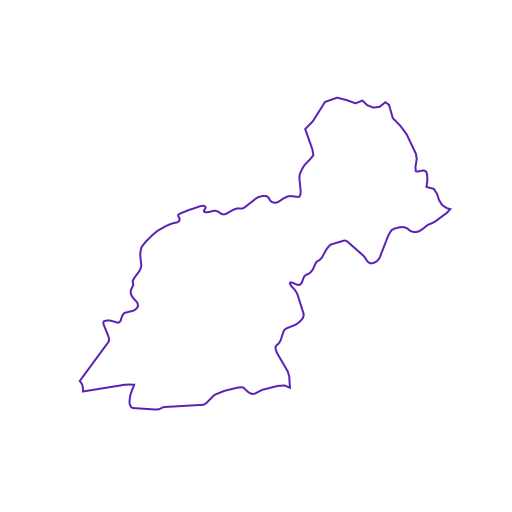 outline of San Miguel, rotated 77°
{"feature_id": "SLV-1352", "entity_name": "San Miguel", "entity_type": "Department", "adm_level": 1, "iso_a3": "SLV", "parent_name": "El Salvador", "parent_adm1": "", "projection": "orthographic", "projection_center": [-88.259, 13.545], "detail": "fine", "context": "isolated", "style": "outline", "palette": "violet", "viewbox_px": 512, "rotation_deg": 77, "n_neighbors": 0, "source": "natural_earth", "source_scale": "10m", "svg_char_len": 3584}
<svg xmlns="http://www.w3.org/2000/svg" viewBox="0 0 512 512"><g transform="rotate(77 256 256)"><path d="M227.0,74.4L230.6,67.7L236.3,65.6L242.5,65.1L248.2,63.2L252.3,59.3L254.0,56.2L256.8,60.1L263.0,74.5L263.9,78.8L264.1,80.6L264.9,82.9L266.9,86.9L268.6,91.4L268.7,94.6L268.4,96.1L267.8,97.4L267.2,98.6L266.5,99.7L265.6,100.6L264.5,101.4L263.5,102.1L261.9,104.1L261.3,105.2L261.0,106.1L260.7,107.1L260.3,110.1L260.5,115.2L260.9,116.7L261.3,118.1L263.2,120.1L266.1,122.7L285.7,136.1L286.9,137.5L288.3,139.5L289.2,142.7L289.2,144.7L288.8,146.3L288.0,147.3L287.0,148.1L285.8,148.9L281.8,150.3L279.4,151.6L262.3,163.9L261.5,164.9L260.9,166.0L260.8,167.5L261.7,180.9L263.3,183.4L266.0,186.5L272.6,192.4L274.3,195.1L275.2,198.3L277.2,200.1L282.1,203.8L284.0,206.3L285.1,208.4L285.3,210.0L285.7,211.5L286.2,212.7L287.0,213.8L288.2,214.7L291.9,217.1L293.1,218.3L293.9,219.7L293.8,221.0L293.3,222.3L290.2,226.5L289.6,227.6L289.6,228.6L290.5,229.2L293.3,228.4L297.5,225.9L300.2,224.9L303.1,224.2L323.2,222.6L325.2,223.2L327.1,224.4L329.3,227.3L331.2,230.9L332.0,233.7L333.5,243.2L334.1,244.4L334.9,245.5L336.0,246.3L343.7,251.0L345.4,252.5L346.6,254.0L347.1,255.1L348.0,256.5L348.7,257.4L351.2,257.8L355.1,257.4L375.4,251.1L380.8,250.7L392.0,252.6L388.6,257.2L387.5,263.9L387.8,280.1L389.8,287.8L389.8,289.5L389.3,291.3L387.4,293.7L385.9,294.9L384.5,295.9L382.3,297.2L381.3,298.0L380.5,300.2L380.1,303.6L380.3,317.3L381.8,326.7L382.3,328.1L383.0,329.4L387.9,337.1L388.5,338.4L388.9,339.7L389.1,341.0L382.5,379.5L382.7,381.7L383.5,384.8L383.1,388.1L376.4,410.3L375.1,411.6L372.7,412.3L371.0,412.3L369.3,412.0L363.8,410.0L359.3,407.3L355.0,404.2L354.0,403.7L352.6,409.0L351.9,413.1L349.1,455.0L345.5,454.3L341.9,454.3L338.1,455.8L306.2,418.7L304.8,418.2L303.4,417.9L301.7,417.8L287.6,420.0L286.3,419.7L285.3,418.6L285.3,416.0L285.6,414.3L286.1,412.6L290.0,405.4L289.7,403.9L288.4,402.3L285.0,400.4L283.1,398.8L281.9,396.9L281.7,389.0L281.6,387.5L281.1,385.8L280.2,384.2L278.5,382.3L276.3,382.0L274.6,382.2L269.7,384.9L267.1,386.0L265.6,386.3L264.1,386.4L262.7,386.1L261.4,385.7L260.3,385.0L258.3,383.3L257.2,382.5L255.9,382.0L254.4,381.9L253.1,382.0L251.6,381.0L249.4,378.9L244.8,373.4L242.2,371.3L239.8,369.9L229.6,368.7L226.8,368.0L223.0,366.3L221.8,365.6L220.9,364.8L217.2,360.1L212.0,351.7L209.2,346.0L206.4,336.4L205.7,332.3L205.4,329.2L205.5,325.7L205.2,324.1L204.4,322.7L202.3,322.0L199.9,322.8L198.9,322.8L198.2,322.2L197.6,320.5L196.0,310.7L195.8,307.2L195.0,300.0L194.9,298.5L195.0,296.9L195.5,295.5L196.3,294.5L197.2,294.2L198.0,294.5L198.6,295.0L199.3,295.9L200.1,296.5L201.1,296.6L201.8,295.8L202.3,294.4L202.6,291.1L202.4,287.8L202.6,286.2L203.1,284.8L203.8,283.6L204.6,282.6L207.4,280.0L207.5,279.9L208.1,278.5L208.3,277.3L208.1,275.3L206.0,268.3L205.5,265.5L205.5,263.3L206.6,259.1L206.6,257.8L205.9,255.8L199.7,242.5L199.3,241.1L199.1,239.5L199.0,236.4L199.2,234.8L199.7,233.4L200.2,232.2L201.1,231.2L202.3,230.6L205.1,229.7L206.2,229.1L207.1,228.1L207.8,227.0L208.4,225.7L208.6,224.2L208.3,222.3L207.6,220.1L206.1,216.4L205.1,211.9L205.2,210.3L205.4,208.7L207.9,201.8L207.9,200.3L206.2,198.9L203.0,197.9L190.3,196.3L186.3,195.0L181.8,191.7L178.3,188.3L173.9,181.5L170.8,177.4L164.6,177.1L143.4,179.5L137.4,170.2L121.4,154.1L120.0,141.5L120.0,141.3L124.8,132.1L129.6,124.7L128.5,117.3L134.1,113.7L137.8,108.3L138.5,102.0L135.3,95.4L137.6,93.3L138.5,92.4L152.4,91.7L162.1,85.8L171.5,81.8L192.4,77.2L197.4,77.5L205.7,80.8L209.4,81.2L210.1,79.6L210.1,76.4L210.4,73.1L212.1,71.2L215.4,71.0L219.6,71.7L223.7,73.0L227.0,74.4Z" fill="none" stroke="#5b21b6" stroke-width="2"/></g></svg>